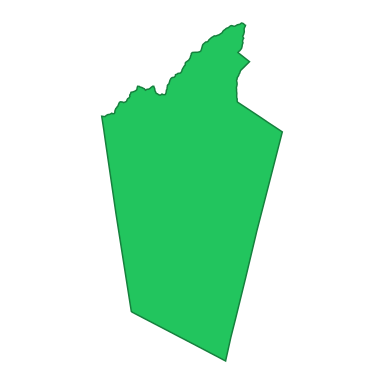 outline of Uruçuí, Piauí, Brazil
{"feature_id": "56859067B38416521991119", "entity_name": "Uruçuí", "entity_type": "district", "adm_level": 2, "iso_a3": "BRA", "parent_name": "Brazil", "parent_adm1": "Piauí", "projection": "natural_earth1", "projection_center": [-44.572, -7.785], "detail": "fine", "context": "isolated", "style": "filled", "palette": "green", "viewbox_px": 384, "rotation_deg": 0, "n_neighbors": 0, "source": "geoboundaries", "source_scale": "gbopen_adm2", "svg_char_len": 2636}
<svg xmlns="http://www.w3.org/2000/svg" viewBox="0 0 384 384"><path d="M101.7,116.2L103.9,130.4L104.0,131.3L105.8,143.9L114.8,205.5L115.9,213.1L129.9,302.4L131.3,311.3L132.2,312.2L198.4,346.7L225.6,361.0L225.9,359.5L227.3,353.3L230.9,337.1L235.4,319.4L245.4,278.8L256.3,233.2L256.8,231.0L257.2,229.5L268.8,184.5L282.3,131.9L267.3,122.0L261.5,118.0L260.9,117.6L250.8,110.9L237.5,102.1L237.1,100.9L237.2,99.0L236.7,97.5L236.7,94.9L236.8,94.0L236.8,93.2L236.5,90.8L236.6,89.8L236.4,87.7L236.5,87.0L236.8,86.0L237.0,84.9L237.1,84.2L237.0,82.6L236.6,81.0L236.6,80.2L237.1,79.1L237.2,77.7L237.8,76.8L238.6,75.6L239.0,74.1L239.6,73.4L239.9,72.4L240.6,70.5L249.5,61.7L237.9,52.5L238.8,51.4L239.8,50.7L241.5,48.5L241.8,47.5L242.1,46.3L242.2,45.2L242.4,44.4L243.0,42.8L242.6,42.0L242.6,40.9L242.9,39.5L243.7,38.2L243.2,37.5L242.7,36.2L243.2,35.3L243.6,34.5L244.1,32.6L244.3,31.7L244.1,29.0L244.3,28.2L244.6,27.4L245.2,26.3L245.5,25.3L244.9,25.1L243.6,23.8L243.0,23.4L241.6,23.0L240.9,23.4L240.1,24.2L238.6,24.5L237.3,24.8L235.2,26.1L234.0,26.3L231.7,25.6L231.0,25.7L230.2,26.1L229.2,26.9L228.5,27.6L226.7,28.2L226.0,28.6L225.1,29.5L223.5,30.6L222.8,31.5L222.3,32.5L221.4,33.3L220.5,33.8L219.3,34.7L217.2,35.4L215.9,36.0L214.3,35.9L213.7,36.2L212.6,37.0L211.9,37.3L211.1,37.9L208.9,39.9L208.3,40.9L207.9,41.5L207.1,41.9L205.7,42.0L203.2,44.2L202.7,44.9L202.3,46.1L202.1,47.0L201.3,49.7L201.0,50.7L200.4,51.3L199.6,51.8L197.4,52.3L195.5,52.3L194.9,52.3L193.4,52.4L192.3,52.5L191.3,53.6L191.3,54.5L190.6,56.1L190.2,57.9L188.7,60.2L186.0,62.1L185.3,63.0L185.2,65.0L184.2,66.1L182.2,69.5L181.9,70.7L181.6,71.6L180.4,73.1L179.5,73.2L177.9,73.4L177.1,74.1L175.5,74.7L175.3,76.1L174.4,77.2L173.6,77.3L172.9,77.5L172.3,77.5L171.5,78.0L170.8,78.7L169.9,80.5L168.9,83.9L168.0,84.6L167.4,85.5L167.3,86.9L167.1,87.6L167.1,88.5L166.9,89.5L166.4,90.1L166.1,92.7L165.3,94.5L164.0,94.7L162.6,94.5L162.0,94.0L161.4,94.5L160.2,95.2L158.8,94.8L157.2,93.7L156.4,93.5L156.0,92.9L155.7,92.1L155.0,90.8L154.6,88.3L154.1,87.5L153.8,86.3L152.8,86.2L150.9,87.5L150.2,88.3L149.4,88.7L148.4,89.3L147.2,89.2L146.3,89.7L145.4,90.2L144.4,88.8L143.1,88.2L141.9,87.5L140.0,87.0L139.3,86.4L137.6,86.3L137.2,87.6L136.9,89.4L136.5,90.1L134.8,91.2L133.0,91.9L131.0,92.3L130.5,93.9L129.7,95.1L129.9,96.5L128.9,98.0L127.8,98.6L127.2,99.5L126.6,101.1L125.8,101.8L123.6,102.6L122.8,102.1L120.6,101.8L119.5,102.3L118.8,103.7L117.8,106.3L117.0,107.0L116.5,108.0L115.9,108.4L115.5,109.3L114.9,111.0L114.8,112.6L114.3,113.5L112.9,113.8L111.8,113.2L110.0,114.3L107.8,114.6L106.3,115.4L105.2,116.5L103.5,116.5L102.7,116.3L101.7,116.2Z" fill="#22c55e" stroke="#15803d" stroke-width="1.5"/></svg>